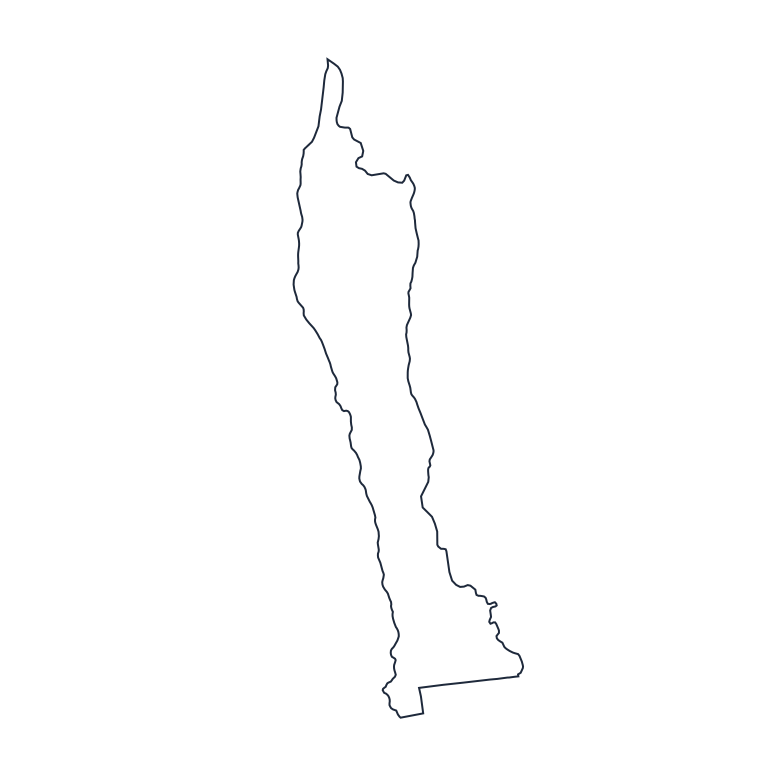 Cuyotenango, Suchitepéquez, Guatemala, rotated 345°
{"feature_id": "79465075B79840770909304", "entity_name": "Cuyotenango", "entity_type": "district", "adm_level": 2, "iso_a3": "GTM", "parent_name": "Guatemala", "parent_adm1": "Suchitepéquez", "projection": "robinson", "projection_center": [-91.565, 14.495], "detail": "fine", "context": "isolated", "style": "outline", "palette": "slate", "viewbox_px": 768, "rotation_deg": 345, "n_neighbors": 0, "source": "geoboundaries", "source_scale": "gbopen_adm2", "svg_char_len": 6151}
<svg xmlns="http://www.w3.org/2000/svg" viewBox="0 0 768 768"><g transform="rotate(345 384 384)"><path d="M462.3,191.2L461.3,188.2L459.5,188.2L456.1,192.8L453.7,194.3L449.7,192.9L446.1,190.0L440.0,181.4L438.2,180.4L426.1,179.2L422.6,176.9L420.9,173.0L418.5,170.5L415.6,169.0L413.7,166.9L414.3,162.5L417.8,159.2L421.8,158.5L424.3,153.5L423.9,145.2L418.4,140.1L417.2,137.6L417.3,128.9L416.1,127.2L412.3,126.1L408.1,124.2L407.1,122.9L406.3,121.0L406.2,118.9L406.4,117.2L407.0,114.6L412.8,104.6L416.5,99.6L419.5,91.9L422.6,81.2L423.3,77.8L423.3,73.2L422.8,69.1L421.5,65.5L418.7,61.8L413.5,55.7L412.4,62.0L411.4,64.4L409.2,67.0L407.5,69.5L404.9,75.3L402.5,81.8L394.2,102.6L391.1,108.9L387.4,118.1L380.2,128.0L377.1,131.4L368.7,135.9L367.0,137.1L366.7,138.4L366.0,140.6L364.9,143.0L363.2,145.5L362.5,146.9L361.8,148.7L361.4,150.4L360.5,152.4L359.4,154.1L358.6,155.9L358.1,157.2L357.6,160.0L357.1,162.5L356.3,165.0L355.8,167.1L355.3,169.0L354.7,170.4L352.8,172.7L351.2,174.4L350.1,176.3L349.5,177.6L349.1,180.1L348.9,181.5L348.3,195.2L348.1,197.3L348.1,199.1L348.2,201.3L348.0,202.9L347.8,204.4L347.2,206.1L345.3,209.9L344.5,211.1L343.0,212.5L341.3,214.0L339.9,215.7L339.4,217.4L339.1,221.9L338.9,223.7L338.4,226.3L337.8,228.4L337.1,230.2L335.5,234.0L334.9,235.6L334.4,237.2L334.0,238.8L333.0,243.3L332.4,245.3L332.1,247.5L331.7,249.4L331.0,251.2L329.5,253.5L328.0,255.0L326.2,256.9L324.9,258.6L323.8,260.4L322.4,264.6L322.2,266.3L321.8,269.8L321.8,271.5L322.0,275.4L322.1,277.2L321.9,279.3L322.0,281.8L322.6,283.4L325.6,289.4L325.7,291.2L325.3,293.1L324.7,294.8L324.3,297.0L325.6,301.6L327.5,305.9L329.9,310.5L330.6,311.9L331.6,314.7L332.8,318.7L333.8,323.1L334.5,324.9L334.9,327.0L335.3,330.6L335.7,334.9L335.9,339.5L336.6,344.5L336.9,347.2L337.2,349.2L337.3,351.2L337.2,353.3L337.3,357.6L337.4,359.2L337.7,360.6L338.8,364.0L339.3,366.2L339.4,370.3L338.8,372.1L337.4,373.4L336.1,374.5L335.1,377.4L335.1,379.7L334.7,381.9L333.7,383.8L333.2,385.2L333.1,387.1L333.5,389.2L335.5,391.9L336.3,394.2L336.5,396.4L336.9,398.4L338.3,399.8L340.6,400.0L342.0,400.8L342.9,402.1L343.3,403.9L343.5,405.6L343.5,407.2L342.3,411.7L342.0,413.6L341.8,415.0L341.7,417.6L341.0,420.0L338.1,423.2L337.2,424.9L336.7,427.8L336.7,429.3L336.6,431.9L336.1,435.7L336.1,437.4L336.7,438.8L337.8,440.5L339.1,443.3L339.7,445.7L339.9,447.6L340.6,451.0L340.6,453.9L340.3,457.5L339.8,459.7L338.7,461.7L336.3,466.9L335.7,468.8L335.6,470.6L335.6,472.0L336.6,474.7L337.7,476.4L338.4,478.1L338.8,480.2L338.9,481.8L338.5,485.3L338.5,487.7L339.8,494.1L340.3,495.8L340.8,497.9L341.1,500.3L341.3,508.5L341.1,510.9L340.3,512.4L339.8,514.3L339.7,515.7L339.8,517.7L340.4,522.6L340.5,525.3L340.0,527.9L339.7,529.6L338.6,532.4L336.9,535.5L336.6,537.3L336.2,541.5L336.0,543.0L335.4,544.6L334.3,546.2L333.7,548.1L333.4,550.1L334.2,555.7L334.2,564.1L334.5,566.4L334.5,568.2L333.1,571.3L331.9,573.2L331.0,574.9L330.6,577.3L330.7,579.5L331.6,582.7L332.9,585.5L333.5,587.5L333.7,591.8L334.0,594.3L334.4,596.4L334.0,598.8L333.3,600.3L333.1,602.2L333.2,604.1L333.6,606.4L332.7,608.4L332.2,610.4L332.0,613.0L332.1,617.4L332.6,621.9L333.1,623.2L333.6,625.5L333.7,627.2L333.5,629.3L333.0,631.5L332.0,633.1L330.5,635.3L329.5,636.3L327.9,637.9L326.4,639.5L325.0,640.7L323.0,641.9L321.7,643.3L320.9,645.5L320.7,647.4L321.0,649.5L322.5,651.0L323.6,652.3L323.8,653.7L322.9,655.3L321.1,658.0L320.5,659.6L320.1,661.5L320.0,663.4L320.1,665.7L320.1,667.9L318.8,669.6L316.1,671.1L315.1,672.0L313.6,673.2L310.9,673.6L309.7,674.0L308.2,675.6L307.3,676.9L305.9,677.4L304.2,678.2L303.5,679.4L304.2,682.3L305.9,683.7L307.0,685.4L307.5,686.6L307.8,688.3L307.8,690.3L307.4,692.1L306.7,693.8L306.2,695.6L306.5,697.3L307.0,699.0L308.5,700.7L311.3,702.6L311.9,706.8L312.9,709.4L313.7,710.6L336.6,712.3L338.8,695.4L339.2,686.6L363.4,689.9L382.7,692.9L409.8,696.9L417.2,698.2L427.2,699.5L428.8,699.9L435.1,700.7L438.1,701.2L438.3,699.2L441.3,698.3L442.8,696.5L444.6,694.3L445.2,692.8L445.3,691.3L445.3,687.8L444.5,681.7L443.6,679.6L440.7,677.9L438.9,676.7L436.2,674.3L434.1,672.0L433.1,670.7L432.2,669.1L431.4,664.5L429.8,662.9L428.1,660.9L427.2,658.9L427.4,656.6L428.8,655.5L430.6,654.2L431.2,652.0L431.1,650.3L430.6,646.8L430.3,644.8L429.6,643.0L427.9,642.6L426.4,643.0L424.8,643.1L424.1,641.0L425.0,639.3L427.1,636.7L427.4,634.7L427.9,630.3L429.4,628.1L431.3,627.6L434.1,627.7L435.5,627.1L435.6,625.3L434.6,623.5L433.2,623.5L431.8,623.6L430.5,623.9L429.1,623.9L427.4,623.2L426.9,621.0L427.0,618.5L426.8,616.8L425.6,615.1L423.9,614.3L421.9,613.4L420.4,613.0L418.8,611.7L418.7,609.6L419.0,606.3L415.3,601.2L412.8,599.9L408.8,600.4L405.0,599.7L401.7,596.7L398.9,591.6L398.5,582.6L401.0,561.7L400.8,559.6L399.1,558.7L396.4,557.9L394.3,555.0L393.9,553.1L397.2,540.3L397.0,532.1L396.0,524.7L394.3,521.7L389.4,513.3L390.7,502.1L401.4,490.0L403.1,485.6L403.3,483.5L403.8,480.9L404.1,479.4L404.6,477.7L405.5,476.3L406.8,475.7L407.7,474.6L407.8,472.3L407.9,470.4L408.7,468.7L410.3,467.3L412.5,465.3L413.4,464.0L414.3,462.3L414.7,460.8L414.7,458.9L414.8,451.1L414.8,445.9L414.6,439.5L413.7,436.1L413.0,433.7L412.1,425.0L411.8,421.9L411.3,418.1L411.1,416.6L410.8,412.6L410.7,409.8L410.1,406.5L409.5,404.8L408.3,402.4L407.8,401.0L407.8,399.1L408.1,396.9L408.4,394.5L408.4,392.1L408.2,387.7L408.4,384.5L409.1,381.9L409.9,379.0L410.6,376.9L411.6,374.6L412.7,372.2L413.6,370.6L414.7,368.7L415.6,366.3L415.8,364.5L415.8,359.8L416.2,357.5L416.7,355.7L417.1,353.3L417.7,344.4L418.2,341.8L419.1,340.1L419.8,337.9L420.3,335.3L421.4,333.0L426.6,326.7L428.0,324.4L428.2,322.6L428.2,317.6L428.4,315.8L428.8,313.9L429.3,312.1L430.7,307.2L430.9,305.1L431.0,302.8L431.5,301.4L432.9,300.0L434.4,298.4L434.9,295.8L435.6,293.6L436.9,292.2L438.3,289.7L439.2,287.8L440.3,284.3L442.0,279.4L443.5,277.2L444.4,276.3L445.7,275.0L448.0,271.3L449.0,269.7L451.1,263.7L451.8,262.6L452.9,260.2L453.7,257.8L454.5,254.4L454.5,251.7L454.6,246.6L454.8,241.7L455.8,236.1L456.3,233.8L456.4,232.2L456.8,229.9L457.1,226.6L457.0,224.5L456.2,221.6L456.0,219.6L456.1,218.1L456.5,215.6L457.0,214.4L459.1,211.5L461.5,208.5L462.5,207.1L463.4,205.5L464.0,204.2L464.5,202.7L464.5,200.7L464.2,198.4L463.7,196.8L462.7,194.1L462.3,191.2Z" fill="none" stroke="#1e293b" stroke-width="2"/></g></svg>